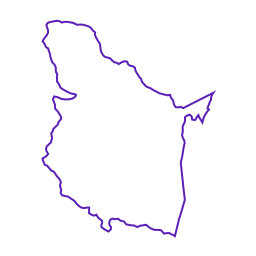 Rio do Campo, Santa Catarina, Brazil, rotated 268°
{"feature_id": "56859067B84432632001566", "entity_name": "Rio do Campo", "entity_type": "district", "adm_level": 2, "iso_a3": "BRA", "parent_name": "Brazil", "parent_adm1": "Santa Catarina", "projection": "mercator", "projection_center": [-50.112, -26.91], "detail": "fine", "context": "isolated", "style": "outline", "palette": "violet", "viewbox_px": 256, "rotation_deg": 268, "n_neighbors": 0, "source": "geoboundaries", "source_scale": "gbopen_adm2", "svg_char_len": 3029}
<svg xmlns="http://www.w3.org/2000/svg" viewBox="0 0 256 256"><g transform="rotate(268 128 128)"><path d="M41.6,90.8L42.5,93.4L40.2,94.5L37.9,96.7L36.3,98.8L34.1,98.9L31.8,97.9L29.7,98.1L28.5,99.7L26.9,102.0L25.2,104.8L27.3,107.3L29.6,107.5L31.3,106.3L33.7,105.8L36.8,107.0L38.0,109.1L37.3,111.8L37.7,114.9L35.6,117.3L34.7,120.8L31.7,122.9L31.2,125.2L30.6,127.8L30.4,130.7L28.6,133.8L29.9,136.6L30.2,139.5L30.7,142.7L29.1,144.3L27.2,146.7L25.4,150.4L25.1,154.3L24.7,157.4L21.2,160.4L21.6,163.0L21.6,165.7L20.4,167.3L19.7,169.2L18.3,171.1L35.4,175.9L39.8,177.5L54.2,182.3L65.2,181.4L91.5,179.5L97.2,181.1L105.6,182.7L108.1,183.3L110.8,184.1L113.5,183.8L115.9,182.6L118.9,181.8L121.9,182.5L124.1,182.7L126.0,182.6L128.0,182.8L130.0,183.9L131.9,184.9L133.9,185.3L136.8,185.3L138.2,187.1L139.2,190.0L137.4,192.0L134.2,192.5L133.5,195.1L135.3,196.5L137.0,197.5L138.4,198.8L136.0,199.6L134.0,200.9L130.9,202.5L133.0,203.2L135.1,203.8L137.2,204.8L139.7,206.4L141.5,207.6L143.6,209.6L144.8,208.1L147.0,208.9L149.1,209.9L151.4,210.7L153.2,211.9L155.9,212.2L158.4,213.2L160.2,214.5L145.9,183.7L147.4,181.4L146.8,179.4L147.2,176.3L150.1,174.7L153.3,174.2L155.5,173.1L157.1,171.8L159.7,171.3L159.3,168.5L160.3,165.0L161.0,162.5L161.7,160.5L162.8,158.6L164.1,156.3L165.6,153.7L166.9,152.0L167.7,150.1L168.8,147.7L170.7,146.0L172.2,144.7L174.0,143.4L176.6,142.9L178.2,141.3L180.6,140.1L182.7,138.6L185.4,137.4L188.1,137.0L189.6,134.9L190.3,131.9L191.7,130.4L194.4,129.4L194.8,126.3L193.4,123.0L192.2,120.8L193.6,119.3L193.9,117.2L195.9,114.6L198.3,112.6L199.2,109.8L199.9,107.3L201.5,105.8L204.1,104.3L206.2,103.5L208.2,103.3L210.1,103.2L213.3,102.8L215.8,101.2L219.1,99.5L221.8,98.3L224.7,98.5L226.6,96.3L229.1,94.7L230.9,92.3L231.7,89.9L232.6,87.4L233.0,85.3L233.0,83.1L233.0,80.4L234.9,77.2L235.5,74.2L236.2,71.3L236.3,68.2L235.7,65.7L237.2,63.1L237.7,60.8L237.3,58.3L236.9,55.6L236.4,52.8L235.4,51.0L233.6,50.0L230.9,50.8L228.4,51.5L225.9,51.4L223.6,50.1L221.3,48.1L219.4,46.6L217.6,45.7L216.0,47.0L213.7,48.0L211.5,49.1L210.3,51.0L207.9,51.5L205.2,52.5L202.2,52.9L199.2,53.6L196.3,54.6L193.9,56.8L190.7,58.0L188.4,57.8L186.1,58.1L184.3,59.2L182.4,58.8L180.4,58.7L176.7,58.8L174.8,60.2L172.7,61.2L170.7,61.9L168.8,64.4L167.1,67.3L165.8,69.5L164.5,72.1L163.9,75.0L163.1,77.1L161.2,76.5L159.6,74.2L158.8,70.8L158.7,67.2L159.1,64.0L159.6,61.9L161.0,59.4L162.1,55.3L159.2,54.0L156.3,55.0L154.3,55.7L152.2,55.8L150.0,55.8L147.1,58.3L143.8,60.2L141.9,61.3L139.6,61.6L137.8,60.1L136.0,58.6L133.5,57.7L131.7,55.6L129.6,53.3L127.3,52.6L125.3,51.1L122.9,51.4L120.4,51.8L118.3,51.0L116.3,50.5L114.5,48.4L112.2,46.0L109.6,45.3L107.6,45.8L104.9,47.3L103.3,46.1L101.8,44.0L100.4,41.5L97.3,42.3L94.0,43.7L93.3,45.7L91.4,47.3L88.2,49.8L86.9,52.4L84.8,53.7L81.9,55.5L80.2,57.1L78.2,58.4L75.7,59.0L73.3,58.0L70.5,58.5L68.3,59.1L65.5,58.4L62.9,59.9L62.2,63.1L61.4,66.0L59.9,67.8L58.3,70.2L56.7,72.2L54.2,73.8L51.4,76.6L49.9,79.0L49.5,81.3L49.9,84.3L49.9,86.4L47.1,86.3L44.2,86.1L42.8,88.1L41.6,90.8Z" fill="none" stroke="#5b21b6" stroke-width="2"/></g></svg>